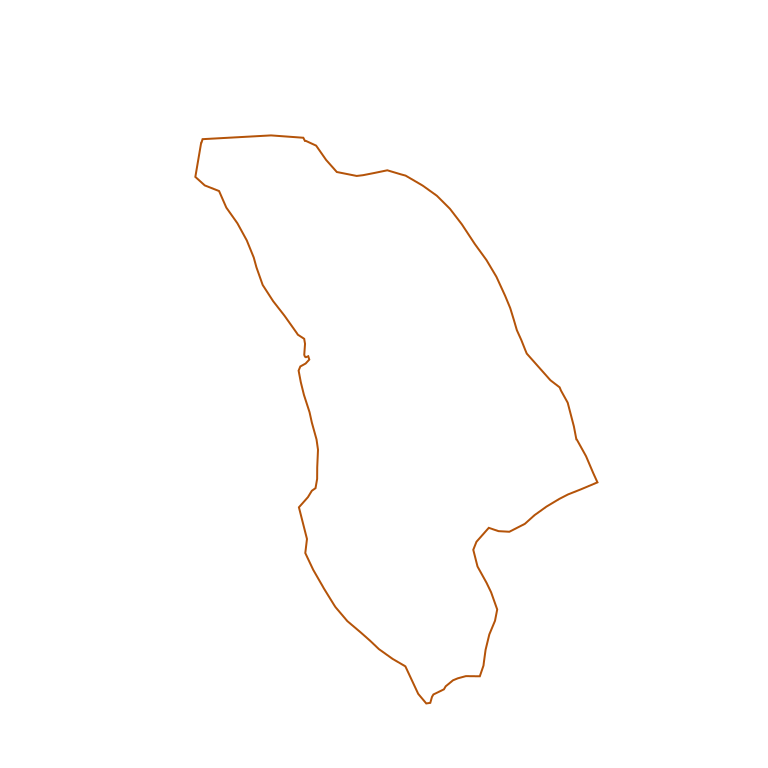 Shaharah, Amran, Yemen, rotated 331°
{"feature_id": "15242507B60781890450687", "entity_name": "Shaharah", "entity_type": "district", "adm_level": 2, "iso_a3": "YEM", "parent_name": "Yemen", "parent_adm1": "Amran", "projection": "equal_earth", "projection_center": [43.696, 16.186], "detail": "fine", "context": "isolated", "style": "outline", "palette": "amber", "viewbox_px": 768, "rotation_deg": 331, "n_neighbors": 0, "source": "geoboundaries", "source_scale": "gbopen_adm2", "svg_char_len": 1627}
<svg xmlns="http://www.w3.org/2000/svg" viewBox="0 0 768 768"><g transform="rotate(331 384 384)"><path d="M319.4,111.4L323.5,123.4L333.3,135.3L331.6,153.3L333.7,172.3L333.6,191.9L331.4,210.2L329.0,220.1L325.9,238.6L327.2,257.8L330.1,276.3L332.5,297.9L332.5,299.0L336.1,305.8L334.4,310.6L328.4,319.8L328.1,321.7L328.7,322.7L331.2,323.0L330.5,326.4L325.4,328.1L319.3,328.1L315.8,330.9L312.1,342.1L308.7,354.7L305.2,372.6L302.2,382.7L298.1,399.8L294.4,409.5L285.2,424.5L279.5,434.6L273.6,441.9L269.1,442.4L262.6,446.1L249.8,450.6L241.5,482.2L233.2,493.7L232.0,512.2L232.2,525.7L232.3,531.4L232.3,533.6L233.2,552.9L233.4,555.7L237.0,573.7L243.3,590.3L247.4,601.9L251.0,613.4L258.2,628.5L265.8,641.3L263.7,671.6L266.1,683.9L269.9,685.3L274.3,680.9L276.7,679.5L288.4,680.1L291.4,678.3L300.7,676.6L305.9,677.2L314.0,679.2L326.1,686.1L334.5,678.5L336.6,675.6L344.0,665.7L354.7,654.1L366.3,644.9L373.7,636.1L376.7,618.1L377.3,607.6L377.3,589.0L381.7,572.3L388.4,566.8L405.9,560.6L412.8,568.2L422.0,574.0L439.4,574.6L452.0,571.7L466.6,570.0L481.6,569.5L491.4,569.8L505.2,571.6L523.0,573.5L523.8,563.4L525.7,545.1L525.7,526.0L525.4,525.7L529.5,513.2L535.6,489.4L535.6,475.5L536.0,472.1L531.5,461.7L531.2,460.7L523.6,426.6L524.0,423.0L525.4,412.2L526.3,401.3L528.6,391.1L531.2,378.8L532.7,365.6L534.3,344.7L533.7,325.2L531.3,305.7L529.5,282.1L526.6,262.7L521.5,245.0L514.0,229.2L503.9,212.2L500.7,209.1L490.5,198.7L477.7,194.7L466.9,191.2L461.0,188.8L445.5,175.7L442.0,160.0L440.2,142.6L433.6,133.6L432.7,133.1L432.8,129.5L405.7,111.8L344.0,81.9L341.4,84.4L341.1,84.3L319.4,111.4Z" fill="none" stroke="#b45309" stroke-width="2"/></g></svg>